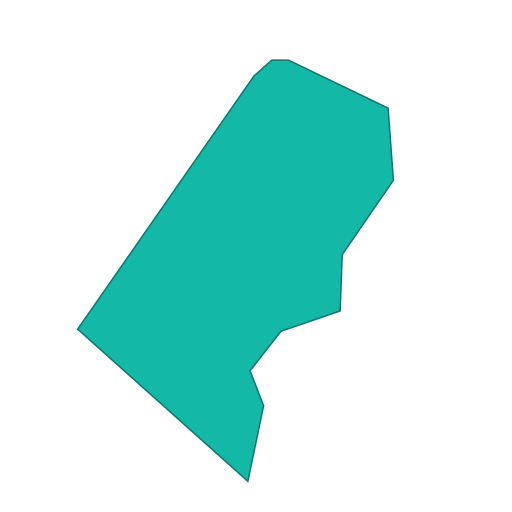 SVG path tracing the border of Coventry, rotated 302°
{"feature_id": "GBR-5696", "entity_name": "Coventry", "entity_type": "Metropolitan Borough", "adm_level": 1, "iso_a3": "GBR", "parent_name": "United Kingdom", "parent_adm1": "", "projection": "natural_earth1", "projection_center": [-1.533, 52.398], "detail": "fine", "context": "isolated", "style": "filled", "palette": "teal", "viewbox_px": 512, "rotation_deg": 302, "n_neighbors": 0, "source": "natural_earth", "source_scale": "10m", "svg_char_len": 324}
<svg xmlns="http://www.w3.org/2000/svg" viewBox="0 0 512 512"><g transform="rotate(302 256 256)"><path d="M60.6,368.5L99.4,143.5L407.6,158.9L430.5,165.6L439.3,179.7L451.4,289.7L393.0,332.4L302.9,328.4L254.0,356.5L205.5,317.1L155.5,311.8L133.1,341.8L60.6,368.5Z" fill="#14b8a6" stroke="#0f766e" stroke-width="1.5"/></g></svg>